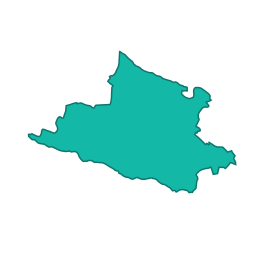 Tam Diep, Ninh Bình, Vietnam (Robinson projection), rotated 348°
{"feature_id": "81297802B4597997720172", "entity_name": "Tam Diep", "entity_type": "district", "adm_level": 2, "iso_a3": "VNM", "parent_name": "Vietnam", "parent_adm1": "Ninh Bình", "projection": "robinson", "projection_center": [105.895, 20.161], "detail": "fine", "context": "isolated", "style": "filled", "palette": "teal", "viewbox_px": 256, "rotation_deg": 348, "n_neighbors": 0, "source": "geoboundaries", "source_scale": "gbopen_adm2", "svg_char_len": 5879}
<svg xmlns="http://www.w3.org/2000/svg" viewBox="0 0 256 256"><g transform="rotate(348 128 128)"><path d="M177.6,204.4L178.0,203.8L178.8,203.1L179.7,202.5L181.7,201.4L182.1,200.6L183.4,196.7L183.9,195.3L184.3,194.0L185.3,193.0L185.7,192.2L185.7,190.1L185.2,189.2L184.9,188.2L185.2,187.4L185.9,186.8L187.0,186.1L188.1,185.3L189.7,184.6L191.9,184.0L194.7,183.8L198.6,184.0L200.9,183.4L201.3,186.0L201.8,191.1L204.0,191.1L206.1,191.2L208.9,185.3L210.3,185.7L211.5,186.0L212.4,186.2L213.5,186.4L214.7,187.8L215.6,187.4L219.0,184.9L220.9,183.0L225.7,186.1L225.8,185.0L226.1,184.1L225.6,181.8L225.1,180.3L225.2,179.4L226.0,178.4L226.6,177.7L226.9,177.4L226.2,176.1L225.6,174.9L224.9,173.4L224.6,171.8L223.6,172.0L221.4,172.2L220.2,172.1L218.9,169.8L217.7,168.1L217.1,166.9L216.3,166.3L215.3,166.1L214.4,165.9L213.9,165.7L211.5,165.2L210.1,164.3L209.3,163.9L207.1,161.6L204.8,159.3L204.3,158.9L204.2,159.1L204.2,160.5L204.0,161.1L203.7,161.2L203.2,160.9L202.8,160.5L202.5,160.0L202.2,159.7L201.9,159.5L201.6,159.6L201.2,159.8L200.7,160.2L200.5,160.3L200.4,160.2L199.9,159.6L199.0,158.2L197.1,155.2L193.9,150.7L192.7,149.5L192.0,148.1L193.3,146.6L193.9,147.2L194.4,147.2L194.9,146.9L195.1,146.6L195.2,145.9L195.6,145.6L197.0,146.0L197.7,145.8L198.2,145.4L198.2,145.1L198.2,144.6L198.0,143.7L197.5,142.8L196.1,141.5L195.2,140.9L195.0,140.5L195.1,140.0L196.2,138.7L199.1,134.9L199.3,134.1L199.3,133.5L199.0,132.8L199.1,131.5L199.3,130.4L199.5,129.7L200.2,128.3L200.9,127.5L203.7,124.9L204.6,124.3L205.6,123.7L206.2,123.5L207.5,123.4L209.0,123.9L209.7,124.0L210.5,124.0L211.2,123.9L211.5,123.3L211.7,122.8L211.0,121.6L210.5,120.3L210.0,119.7L209.9,118.9L212.0,118.7L213.2,118.6L214.1,118.4L214.4,118.4L215.1,118.0L214.4,117.4L214.3,116.1L214.5,114.6L214.9,113.9L214.9,113.3L214.6,112.7L214.3,111.9L213.5,110.7L211.0,107.8L209.2,105.8L208.1,104.6L207.0,103.8L206.1,103.4L205.3,103.1L203.6,102.7L202.4,102.5L201.7,102.8L200.8,103.6L200.4,104.1L200.2,104.5L199.8,105.8L199.5,108.2L199.1,110.2L198.7,110.8L198.3,111.3L197.9,111.6L197.0,111.8L196.0,111.9L195.2,112.1L194.6,112.0L193.7,111.9L192.3,111.1L190.7,110.0L189.4,108.7L188.4,107.3L187.4,105.7L188.6,102.7L188.8,102.8L189.5,103.1L190.0,103.4L191.5,103.4L192.2,103.5L192.5,103.6L193.3,104.0L193.5,104.1L193.8,103.7L193.8,103.4L193.8,102.9L193.9,102.4L194.1,101.7L194.3,101.2L194.3,100.8L194.1,100.5L193.8,100.2L193.3,99.9L192.9,99.7L191.6,99.4L191.2,99.1L190.9,98.7L190.5,98.2L189.6,97.6L188.9,97.4L188.3,97.1L187.7,96.6L187.5,96.4L186.6,95.2L185.2,93.5L184.4,93.1L183.6,92.8L182.9,92.8L182.2,92.8L181.7,92.7L181.0,92.1L180.6,91.7L179.8,91.0L178.8,90.5L175.7,88.8L173.8,87.7L172.4,86.9L172.0,86.3L171.2,85.3L170.5,84.7L170.3,84.6L170.0,84.1L168.6,83.5L167.2,83.0L165.8,81.9L163.7,79.4L162.7,78.9L161.7,78.7L161.3,78.5L160.3,78.2L159.4,77.8L158.7,77.4L157.5,76.6L156.0,75.7L154.9,74.7L154.1,74.1L153.4,73.3L152.4,71.7L150.6,70.1L150.0,69.7L149.4,69.4L148.8,69.0L147.9,67.8L147.1,66.9L146.8,66.4L146.5,64.9L145.8,63.6L144.2,61.6L143.6,60.9L142.6,59.6L141.1,57.1L140.7,56.4L140.3,55.6L139.1,54.7L138.3,54.1L137.6,53.4L137.1,52.7L136.6,52.1L135.7,51.6L134.1,57.6L133.5,59.4L133.1,61.6L132.2,64.0L131.6,65.4L130.4,67.2L128.9,69.0L127.6,70.9L127.0,71.6L126.1,72.5L125.0,73.2L124.5,73.5L124.0,73.6L123.0,73.5L121.2,73.5L120.6,73.9L120.6,74.3L120.8,74.7L120.9,75.4L120.9,75.7L120.6,76.1L118.9,77.1L118.0,78.2L118.8,79.3L119.5,80.6L119.9,81.0L120.0,81.2L120.3,81.4L120.7,81.7L121.2,82.3L122.1,83.6L121.0,84.6L120.7,85.0L118.0,95.4L117.2,97.8L116.1,100.1L115.4,101.3L113.3,101.0L108.5,100.2L104.1,99.5L101.7,99.1L101.3,99.1L100.9,99.3L100.4,99.7L99.9,100.3L99.0,101.3L98.8,101.4L98.5,101.4L98.0,101.1L97.5,100.8L96.8,99.8L96.1,99.0L95.3,98.3L93.4,97.6L91.8,96.8L90.2,95.9L88.6,94.6L87.7,94.0L86.8,93.7L83.2,93.6L83.1,92.6L82.1,92.6L79.5,92.6L76.2,93.1L72.2,93.3L70.8,98.0L70.4,98.9L68.8,101.4L67.6,103.5L67.1,104.4L66.7,104.6L66.3,104.7L65.8,104.7L65.3,104.4L64.8,103.7L64.2,103.2L63.6,102.9L63.2,102.8L62.8,102.9L62.2,103.2L61.7,103.6L61.2,104.0L60.8,104.5L58.8,107.4L58.4,108.6L58.4,109.4L59.0,111.9L59.1,112.9L59.1,113.7L58.8,114.8L58.2,115.8L57.8,116.2L56.1,117.5L55.7,117.7L55.3,117.7L54.6,117.5L53.7,117.1L52.9,116.6L50.7,115.1L49.7,114.5L48.5,113.9L47.7,113.4L46.7,112.6L45.7,112.0L44.9,111.7L44.4,111.5L43.9,111.7L43.6,111.9L43.1,112.7L42.3,114.9L41.9,115.7L41.0,116.9L40.6,117.4L40.0,117.7L39.1,117.8L38.2,117.5L37.5,117.2L36.3,116.4L33.4,114.2L32.9,113.7L32.4,113.7L31.9,114.0L31.3,114.3L30.2,113.6L29.8,113.4L29.4,113.6L29.3,114.0L29.1,115.6L29.7,116.4L30.6,117.9L31.3,118.8L32.0,119.5L32.6,119.8L34.1,119.8L34.4,120.3L35.2,121.5L37.1,124.0L38.4,124.8L42.1,126.2L43.3,126.8L45.0,128.8L46.8,130.3L47.7,130.3L49.0,130.4L50.1,130.8L54.4,134.1L56.2,135.5L58.1,136.5L60.2,137.3L62.1,138.0L64.7,138.3L66.3,138.4L66.8,139.1L67.5,139.6L69.2,139.7L71.4,140.0L72.9,141.1L73.9,143.0L74.1,144.9L74.5,146.7L75.6,149.0L76.9,151.0L78.0,151.5L79.4,151.6L81.1,152.0L82.7,151.6L84.2,151.8L85.9,152.5L87.2,153.8L87.9,154.6L89.7,154.8L91.1,155.2L92.3,155.7L96.1,156.8L97.6,157.9L99.3,159.3L102.7,162.7L104.2,163.9L106.1,165.8L106.5,166.6L107.6,167.4L108.6,167.6L109.5,168.2L109.7,169.5L109.7,170.3L110.3,170.8L111.3,171.2L112.2,172.4L113.4,173.8L114.3,174.6L115.1,175.2L116.3,175.8L117.5,176.1L118.7,176.9L120.5,178.4L121.6,178.9L122.8,179.0L125.0,178.4L126.3,178.3L127.1,178.4L128.4,179.5L129.9,180.4L131.0,181.0L131.9,181.3L134.0,181.6L136.9,181.6L138.7,181.7L140.3,181.6L141.1,181.8L141.4,182.4L142.5,182.8L143.7,183.2L145.4,184.6L146.6,186.7L148.1,188.4L149.6,189.9L151.2,190.6L152.3,191.0L153.1,191.8L154.6,193.5L156.5,195.1L157.6,196.8L158.2,198.2L158.8,198.8L160.2,198.6L161.1,199.2L161.4,199.8L161.7,200.5L162.2,200.6L163.1,200.3L164.0,199.9L165.8,199.3L167.5,199.4L168.3,199.5L169.5,199.9L171.1,200.7L172.3,201.2L173.4,202.0L173.9,203.1L174.4,204.0L174.9,203.9L176.0,203.9L177.6,204.4Z" fill="#14b8a6" stroke="#0f766e" stroke-width="1.5"/></g></svg>